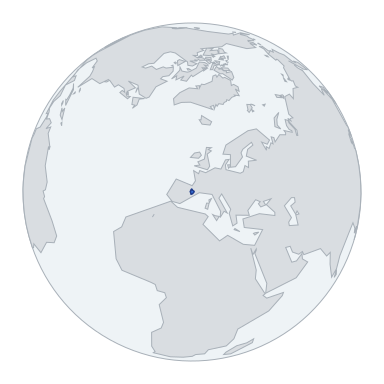 globe centered on Huesca, rotated 29°
{"feature_id": "ESP-5825", "entity_name": "Huesca", "entity_type": "Autonomous Community", "adm_level": 1, "iso_a3": "ESP", "parent_name": "Spain", "parent_adm1": "", "projection": "orthographic", "projection_center": [-0.025, 42.135], "detail": "fine", "context": "on_globe", "style": "filled", "palette": "blue", "viewbox_px": 384, "rotation_deg": 29, "n_neighbors": 0, "source": "natural_earth", "source_scale": "10m", "svg_char_len": 10640}
<svg xmlns="http://www.w3.org/2000/svg" viewBox="0 0 384 384"><g transform="rotate(29 192 192)"><circle cx="192" cy="192" r="169" fill="#eef3f6" stroke="#a8b0b8"/><path d="M43.1,271.9L42.4,270.6L39.1,263.8L33.4,250.2L26.0,222.6L25.9,218.0L25.2,212.2L27.7,208.8L28.4,196.9L27.9,192.9L26.5,194.1L26.1,178.9L27.7,168.1L36.0,127.6L38.9,120.8L42.3,114.7L61.6,85.6L45.5,108.0L49.9,100.7L56.5,91.3L66.1,80.1L72.3,73.3L85.7,62.1L99.3,55.6L95.1,58.7L98.8,57.1L104.5,53.4L107.2,51.4L127.9,44.0L147.3,36.2L150.9,33.3L152.1,34.7L157.2,29.2L166.2,26.5L157.6,30.0L157.9,30.8L164.8,28.9L166.6,29.4L170.9,29.0L172.5,29.9L167.4,32.3L168.3,33.1L173.1,31.7L177.6,32.1L170.5,33.9L177.7,34.8L170.5,40.0L150.1,45.5L147.6,50.5L130.5,62.3L133.6,62.5L129.0,67.6L130.8,69.9L127.1,71.8L131.8,72.0L134.8,69.9L137.9,69.3L139.2,70.6L134.8,73.1L133.4,72.9L132.8,74.3L130.0,75.1L132.2,75.4L126.6,78.5L134.1,77.4L131.3,81.6L127.0,83.2L125.0,80.4L110.0,78.5L105.1,79.9L100.3,84.4L96.3,97.9L91.9,100.9L87.8,106.8L91.3,106.2L95.8,101.4L101.4,102.1L106.2,96.5L109.2,96.2L115.2,91.9L116.9,95.5L115.4,101.5L110.5,105.3L109.7,108.2L116.5,107.2L109.5,117.4L108.5,129.7L106.4,132.3L98.4,131.9L93.0,124.8L82.6,125.8L92.0,128.3L86.6,135.3L86.8,138.0L88.6,139.7L91.7,138.4L90.4,141.7L80.7,140.0L81.7,137.0L84.8,137.4L82.2,134.3L75.6,133.9L73.4,137.8L65.8,134.2L64.1,137.1L61.5,138.2L64.7,133.7L58.8,141.9L49.5,141.3L41.3,155.8L46.5,140.3L46.6,134.8L45.9,129.8L44.5,132.0L45.6,123.3L43.2,121.5L37.3,129.9L32.9,140.6L32.2,148.9L34.3,146.6L35.1,151.5L29.5,159.8L30.1,171.6L27.2,179.9L26.7,187.6L28.2,191.4L29.4,198.7L31.9,196.9L35.3,199.7L33.6,207.4L36.9,203.6L37.8,210.5L45.6,221.2L44.6,222.1L50.9,240.2L60.5,253.5L62.7,261.1L61.3,263.3L65.3,267.5L65.4,269.7L83.6,285.1L95.0,296.1L96.0,303.2L89.2,306.5L89.3,318.3L78.8,314.0L80.4,317.5L79.5,318.1L71.0,309.9L63.0,301.2L55.7,291.9L49.1,282.1L43.1,271.9ZM38.7,159.9L39.5,177.6L36.7,172.1L37.7,172.1L38.0,166.5L37.7,158.8L35.8,154.5L38.7,159.9ZM44.3,157.4L44.0,154.9L44.6,156.8L44.3,157.4ZM108.2,50.5L104.4,53.3L98.6,56.7L101.6,54.2L108.2,50.5ZM119.4,45.0L118.1,46.3L114.0,47.3L116.0,46.2L119.4,45.0ZM153.1,31.3L149.6,32.5L152.4,31.2L153.1,31.3ZM171.2,28.8L171.7,28.3L173.7,28.3L171.2,28.8ZM113.8,90.3L114.5,91.1L113.0,91.4L113.8,90.3ZM115.8,87.8L113.7,87.6L114.3,86.4L115.6,86.5L115.8,87.8ZM178.0,29.7L181.2,30.0L177.1,30.1L178.0,29.7ZM118.3,88.3L115.7,84.3L116.8,82.3L122.8,81.1L118.3,88.3ZM182.5,30.5L190.4,31.5L192.0,30.5L192.0,34.4L185.3,32.0L179.9,32.1L182.8,31.3L182.5,30.5ZM135.2,68.7L132.0,71.0L133.4,67.9L135.2,68.7ZM135.3,66.9L135.2,59.0L140.6,56.5L139.5,59.5L145.4,55.5L148.1,58.1L145.4,60.9L141.5,62.0L145.5,62.2L135.3,66.9ZM190.7,36.5L191.9,37.3L189.7,37.0L190.7,36.5ZM139.2,68.9L138.7,67.4L143.3,65.1L145.1,67.6L143.1,67.6L139.2,68.9ZM145.7,53.4L149.4,52.2L152.6,54.0L154.5,53.8L148.6,58.0L145.7,53.4ZM142.7,68.7L146.0,69.1L145.0,71.4L140.0,70.2L142.7,68.7ZM143.7,63.4L146.0,62.5L145.3,63.8L143.7,63.4ZM143.5,80.3L142.8,78.3L145.2,76.8L143.5,80.3ZM147.2,69.0L147.5,68.2L148.4,67.5L150.3,68.3L147.2,69.0ZM151.3,59.1L151.8,60.1L153.8,57.4L156.3,58.8L151.9,61.4L154.9,60.9L155.6,61.3L151.2,63.0L151.3,59.1ZM154.7,66.9L150.0,71.0L150.8,74.9L148.7,76.2L147.8,69.8L154.7,66.9ZM153.0,64.4L153.6,66.2L150.8,66.8L148.6,66.0L153.0,64.4ZM159.6,58.9L156.9,56.1L157.9,55.6L159.6,58.9ZM155.5,67.9L156.6,66.9L155.9,68.0L155.5,67.9ZM158.9,61.4L157.9,60.5L159.1,60.0L158.9,61.4ZM159.8,65.8L158.2,67.1L156.7,66.5L159.8,65.8ZM159.8,63.7L161.8,63.3L157.1,65.5L159.2,63.3L159.8,63.7ZM160.3,61.2L160.6,60.5L160.6,61.6L160.3,61.2ZM166.3,67.4L160.8,70.4L157.5,69.0L163.3,66.3L166.3,67.4ZM340.5,111.5L340.8,112.1L344.9,120.4L345.8,122.1L353.7,142.9L353.8,143.6L356.0,151.2L356.9,155.1L355.7,150.2L352.4,141.9L353.9,149.4L352.0,144.7L347.7,140.9L349.0,151.6L352.2,176.0L355.6,189.1L355.4,198.8L347.8,188.3L342.2,177.8L340.8,182.7L331.8,179.2L320.2,192.6L317.4,190.5L315.5,194.7L309.0,195.8L304.2,191.9L300.8,195.1L313.3,205.0L316.8,201.6L318.0,192.5L321.0,197.0L327.1,197.1L324.7,216.5L305.5,244.8L301.7,235.6L276.8,215.3L276.4,211.5L276.2,211.2L275.8,210.6L275.6,217.2L270.6,212.6L286.0,229.1L289.5,237.2L305.3,245.6L304.3,248.0L308.8,248.6L320.7,235.5L321.2,238.9L316.8,258.8L298.5,289.7L299.8,300.1L296.6,310.0L282.8,322.0L281.5,327.4L274.0,332.4L271.9,335.6L264.5,340.7L253.0,346.6L236.1,351.3L237.0,349.4L231.5,346.4L224.7,334.3L231.0,325.9L230.3,319.8L217.9,306.4L220.8,296.8L217.0,293.3L209.4,295.1L204.7,290.7L200.0,290.9L168.7,294.4L158.0,287.2L142.6,264.6L147.4,256.6L146.3,245.9L177.9,210.3L186.8,212.4L214.2,204.8L218.1,205.7L217.3,215.0L239.8,221.4L244.2,212.6L262.2,212.9L272.6,208.3L272.0,190.6L254.9,197.7L249.6,190.9L261.4,178.3L275.9,172.4L274.3,169.6L263.1,167.0L264.4,159.6L259.0,165.6L262.7,167.6L259.4,171.7L255.8,170.1L256.4,167.4L251.4,167.9L249.8,181.1L253.4,184.6L241.7,190.9L246.5,197.4L244.1,201.9L234.9,192.6L234.2,188.3L218.9,179.3L218.5,184.3L233.0,193.3L229.4,193.3L229.0,200.7L226.4,195.0L210.7,184.4L198.7,189.1L187.0,208.0L179.2,209.8L171.1,206.4L171.9,188.3L189.1,186.4L189.6,180.6L183.1,172.5L188.9,172.8L188.4,169.5L194.6,168.5L200.4,159.7L206.2,157.9L205.7,147.7L208.6,145.5L208.1,152.1L210.9,156.0L225.1,152.2L227.0,149.4L225.5,143.2L229.6,143.2L226.3,137.7L233.1,132.9L222.1,134.3L220.0,127.7L222.5,121.4L219.9,119.7L215.7,130.0L215.9,134.0L219.2,136.9L217.8,148.8L213.6,151.7L207.5,140.7L200.7,143.9L198.9,134.5L211.2,111.3L217.7,105.6L234.6,109.0L234.7,113.7L228.7,114.6L236.9,119.4L234.9,116.3L238.3,116.5L237.2,110.7L239.6,110.6L234.5,105.4L237.2,104.7L240.4,107.9L241.1,99.3L246.1,96.6L245.2,94.8L242.7,93.6L250.7,91.2L249.6,90.0L246.6,90.2L242.5,88.1L238.3,83.5L241.3,82.9L243.2,84.5L251.7,87.2L256.3,91.8L257.1,91.2L253.8,87.1L243.4,83.7L240.1,81.1L245.0,82.0L243.0,81.5L242.3,80.1L244.3,78.2L238.9,77.0L226.9,63.6L229.7,59.2L235.4,61.2L230.2,52.5L233.8,49.1L231.0,49.2L226.6,45.7L225.4,46.6L223.7,46.5L211.8,38.9L211.4,37.1L203.1,34.8L201.6,34.9L201.5,36.1L192.0,34.4L192.0,30.5L195.2,30.3L193.0,28.4L200.8,28.2L206.2,27.5L216.0,29.1L219.4,28.7L218.1,28.1L221.8,27.4L233.9,29.1L229.8,30.5L212.8,30.5L220.2,30.5L220.2,31.4L223.9,32.2L229.0,32.3L228.5,31.7L245.2,38.5L260.8,43.3L255.6,39.6L256.5,38.7L269.7,43.0L295.0,58.8L296.4,59.2L299.3,61.5L304.1,65.6L300.1,62.4L301.3,63.9L298.3,61.7L304.6,67.8L300.6,64.9L307.5,71.5L309.4,72.3L305.3,67.6L313.0,75.0L314.0,75.2L316.0,77.2L325.1,88.0L333.3,99.4L340.5,111.5ZM169.7,229.7L169.5,233.1L169.7,229.7ZM293.4,174.2L300.8,169.4L293.9,161.7L296.2,159.3L293.1,157.7L293.4,161.1L285.1,156.3L287.1,150.9L284.4,147.2L281.7,148.7L279.5,159.3L291.4,166.2L291.2,171.5L293.4,174.2ZM45.9,221.5L46.6,224.3L45.2,222.6L45.9,221.5ZM35.1,174.3L35.9,176.9L35.9,179.3L35.1,177.9L35.1,174.3ZM44.4,194.1L45.9,197.3L43.9,195.3L44.4,194.1ZM40.0,180.2L43.2,191.7L39.4,188.6L37.5,181.4L39.5,184.5L40.0,180.2ZM41.5,160.6L41.7,162.7L40.8,163.6L41.5,160.6ZM44.8,158.8L44.5,158.3L44.9,156.4L44.8,158.8ZM87.2,135.4L87.9,135.7L89.2,137.9L87.5,137.9L87.2,135.4ZM101.7,142.5L99.3,147.7L99.8,143.8L97.0,144.6L94.5,137.7L105.2,133.3L100.8,136.4L101.7,142.5ZM94.2,127.9L94.5,132.4L93.7,127.7L94.2,127.9ZM179.3,153.4L182.4,155.3L181.4,159.3L173.9,162.5L175.3,156.7L179.3,153.4ZM186.9,157.2L183.0,146.0L187.4,143.9L185.6,146.9L189.0,146.7L186.9,151.5L195.0,160.9L194.7,165.1L181.2,168.0L185.8,164.6L182.5,162.8L186.9,157.2ZM164.9,124.5L163.3,120.5L175.1,121.0L175.3,124.7L167.9,127.8L163.3,125.3L164.9,124.5ZM129.3,87.4L127.9,86.5L129.2,85.7L131.4,85.8L129.3,87.4ZM143.0,79.4L136.8,90.7L134.8,90.1L133.5,97.8L127.9,99.5L128.9,94.4L123.6,101.7L122.3,97.8L119.3,103.0L122.3,91.4L120.9,88.5L124.6,91.1L129.7,89.5L131.6,87.9L135.7,81.5L135.4,74.8L140.4,72.6L144.1,72.7L145.0,74.0L141.4,75.0L145.2,76.0L140.6,78.4L143.0,79.4ZM184.4,81.1L179.9,80.9L186.6,84.9L182.1,86.7L183.2,87.1L180.9,89.9L180.0,94.1L177.6,94.5L178.2,96.0L176.7,98.1L176.8,100.3L172.6,101.8L172.4,104.8L170.5,103.9L171.3,108.6L168.8,105.8L166.6,108.5L170.2,109.8L147.1,114.2L139.3,118.8L134.2,124.5L130.6,119.3L133.2,111.0L139.0,102.4L147.0,98.9L144.0,97.4L146.9,95.4L148.1,97.4L148.0,93.1L150.7,92.1L155.9,85.5L154.1,80.4L156.0,78.0L158.1,79.5L158.5,76.2L163.7,77.4L165.1,75.9L171.7,75.7L174.8,79.8L176.2,77.7L181.3,77.7L184.4,81.1ZM168.2,67.5L173.0,71.5L172.9,74.6L161.5,73.6L159.5,74.9L152.2,74.8L152.5,70.4L154.5,70.8L156.6,70.2L155.7,71.8L158.0,70.1L160.9,70.7L163.4,69.5L164.3,71.1L168.2,67.5ZM221.0,201.7L223.7,201.5L227.6,200.2L227.4,205.1L221.0,201.7ZM210.2,194.6L212.4,193.6L214.1,199.5L211.3,199.8L210.2,194.6ZM212.2,188.3L212.4,193.1L210.6,190.7L212.2,188.3ZM210.0,151.0L212.2,149.7L213.0,151.1L212.4,153.5L210.0,151.0ZM203.4,94.7L200.8,93.8L201.1,92.9L197.5,88.8L200.5,87.3L203.9,89.2L203.4,94.7ZM269.9,194.7L267.8,199.2L265.8,198.4L267.0,197.0L269.9,194.7ZM247.2,203.1L253.1,203.4L247.1,204.5L247.2,203.1ZM206.1,92.5L204.2,90.9L206.9,91.2L206.1,92.5ZM202.6,86.1L205.4,86.0L200.5,86.7L202.6,86.1ZM317.8,294.5L304.3,314.8L298.5,318.8L299.4,315.5L305.7,304.7L313.0,297.4L317.1,290.5L317.8,294.5ZM356.0,189.7L358.1,194.2L357.7,197.8L356.0,189.7ZM229.3,80.3L231.0,87.4L234.1,92.1L239.1,93.8L232.8,94.6L227.9,87.4L229.3,80.3ZM226.9,65.6L222.5,64.5L223.9,63.2L225.1,63.3L226.9,65.6ZM224.6,66.1L220.3,68.1L217.6,66.4L221.5,65.1L224.6,66.1ZM213.4,79.7L213.6,81.9L211.5,81.5L213.4,79.7ZM275.3,45.0L274.7,44.6L271.1,42.7L271.5,42.9L275.3,45.0ZM273.3,43.9L264.9,40.0L260.7,37.7L261.6,38.0L267.2,40.7L269.1,41.7L273.3,43.9ZM261.6,38.5L263.3,39.6L254.6,38.4L251.7,37.6L256.1,36.8L258.0,37.8L260.9,38.7L261.6,38.5ZM193.2,36.8L192.0,37.2L192.0,36.4L193.2,36.8ZM223.2,47.1L220.9,46.8L220.9,45.7L223.2,47.1ZM214.6,45.3L216.1,46.8L213.2,45.5L214.6,45.3ZM219.7,50.2L216.1,47.5L221.3,49.7L219.7,50.2Z" fill="#d9dde1" stroke="#a8b0b8" stroke-width="1"/><path d="M190.4,189.7L190.5,189.7L190.4,189.7L190.4,189.8L190.5,189.8L190.7,190.0L190.8,190.0L191.0,190.0L191.3,190.0L191.3,189.9L191.5,190.0L191.8,190.2L191.8,190.3L192.0,190.4L192.3,190.3L192.5,190.3L192.8,190.3L193.0,190.4L193.4,190.4L193.5,190.4L193.6,190.5L193.7,190.8L193.6,191.0L193.7,191.4L193.7,191.5L193.6,191.8L193.6,192.0L193.5,192.3L193.4,192.4L193.4,192.5L193.4,192.8L193.2,192.9L193.1,193.0L192.9,193.1L192.9,193.3L192.8,193.5L193.0,193.6L193.0,193.8L192.9,193.9L192.8,194.0L192.6,194.1L192.4,194.1L192.3,194.3L192.1,194.3L192.1,194.2L191.9,194.2L191.8,193.9L191.7,193.8L191.7,193.7L191.4,193.5L191.2,193.3L191.0,193.2L190.9,193.1L190.9,192.9L190.7,192.7L190.3,192.5L190.2,192.4L190.2,192.2L190.3,192.1L190.4,191.6L190.5,191.5L190.4,191.4L190.4,191.2L190.3,191.3L190.3,191.6L190.2,191.6L190.2,191.3L190.2,191.2L190.1,190.9L190.1,190.6L190.1,190.4L190.1,190.2L190.2,189.9L190.3,189.8L190.3,189.7L190.4,189.7Z" fill="#3b82f6" stroke="#1e3a8a" stroke-width="1.5"/></g></svg>